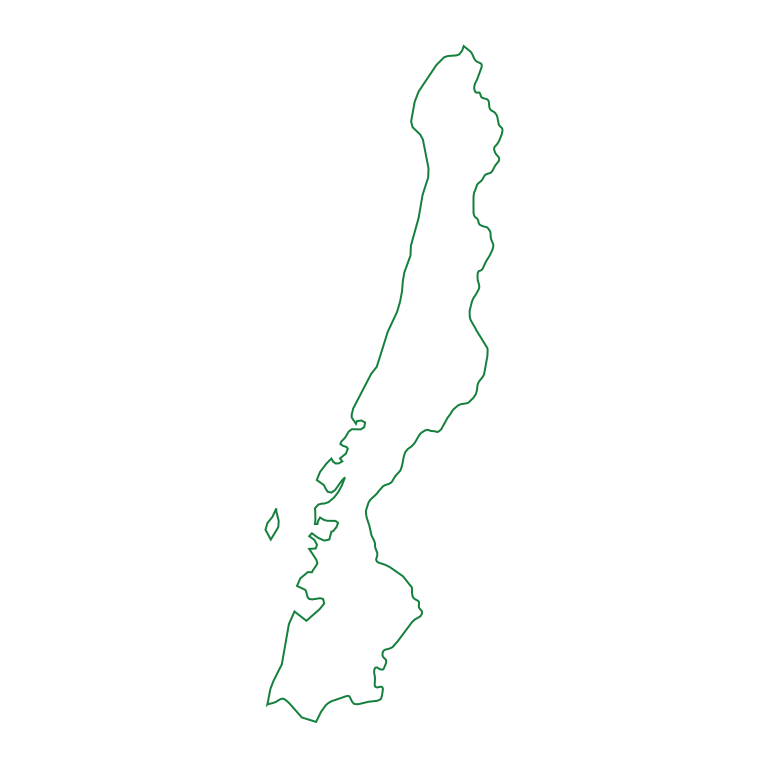 map outline of Ranong (Robinson projection)
{"feature_id": "THA-379", "entity_name": "Ranong", "entity_type": "Province", "adm_level": 1, "iso_a3": "THA", "parent_name": "Thailand", "parent_adm1": "", "projection": "robinson", "projection_center": [98.727, 10.047], "detail": "fine", "context": "isolated", "style": "outline", "palette": "green", "viewbox_px": 768, "rotation_deg": 0, "n_neighbors": 0, "source": "natural_earth", "source_scale": "10m", "svg_char_len": 4991}
<svg xmlns="http://www.w3.org/2000/svg" viewBox="0 0 768 768"><path d="M410.9,245.7L418.6,218.0L422.6,194.8L428.2,177.4L428.5,168.2L422.9,139.6L420.3,134.7L412.6,127.2L411.1,121.4L414.7,101.8L418.7,91.4L436.4,65.0L444.1,57.3L447.9,56.0L456.4,55.4L459.3,54.4L462.2,50.5L463.7,46.1L470.8,51.8L472.4,54.4L474.1,58.4L475.0,59.7L475.8,60.8L477.0,61.7L481.0,63.5L481.7,64.8L481.7,66.9L477.0,79.8L475.6,82.3L475.0,83.8L474.5,85.3L474.2,87.3L474.3,89.3L475.4,92.1L476.6,92.7L479.1,92.5L480.0,93.3L480.5,94.8L480.9,96.3L481.6,97.4L482.8,98.1L484.3,98.4L487.2,99.4L488.2,100.3L488.8,101.7L489.3,106.9L489.7,108.4L490.5,109.6L491.5,110.6L494.1,112.0L495.1,112.9L496.7,115.2L497.4,117.3L498.8,124.6L500.0,126.3L502.2,128.4L502.5,130.7L501.8,134.1L499.2,140.7L497.5,143.6L495.9,145.6L494.9,146.4L494.2,147.8L494.1,149.7L495.1,152.5L496.0,154.1L498.0,156.4L498.9,157.6L499.2,159.1L498.9,160.9L495.2,165.6L492.4,170.8L491.5,172.0L490.4,172.9L486.3,174.2L485.2,175.0L484.4,175.9L482.1,179.9L481.1,181.0L478.2,183.4L477.6,184.1L477.0,184.9L475.2,190.3L474.4,191.9L473.8,194.4L473.5,197.6L473.5,212.1L473.7,213.8L474.2,215.4L474.8,216.8L476.9,218.4L477.8,219.6L478.4,221.3L478.8,223.5L479.8,224.7L481.1,225.5L482.5,226.1L487.0,227.3L488.0,228.2L488.8,229.5L489.7,230.6L490.4,232.2L490.6,234.5L490.8,238.1L492.1,241.8L492.8,243.1L493.3,244.7L493.2,247.0L492.3,250.1L489.9,255.2L485.7,262.0L482.9,268.3L481.8,269.8L480.5,270.6L479.0,271.0L477.9,272.5L477.5,275.0L477.7,279.9L479.0,284.6L479.3,286.4L479.0,288.7L477.1,292.3L474.9,296.0L474.0,297.1L473.0,299.0L471.9,301.6L469.6,310.9L469.7,315.5L470.0,317.9L470.6,319.8L472.6,323.6L474.9,327.3L476.2,330.0L487.5,348.3L487.6,351.4L487.4,356.0L484.1,374.2L483.0,376.5L479.1,381.4L478.0,383.6L477.4,386.0L476.9,390.7L475.9,394.0L473.5,397.7L468.5,402.6L467.2,403.2L460.8,404.2L458.6,405.2L458.1,405.4L454.0,408.9L453.0,409.9L452.2,411.0L450.7,413.6L447.5,417.9L441.2,429.3L439.1,431.2L437.4,432.0L434.2,431.2L431.2,431.0L429.9,430.6L428.8,430.1L427.5,429.8L426.3,430.0L425.0,430.5L421.4,432.7L420.4,433.7L418.7,436.0L415.1,442.3L413.5,444.4L410.4,447.3L409.2,448.0L408.1,448.8L407.1,449.8L405.3,452.1L404.4,454.5L403.5,457.9L402.2,465.0L401.2,468.4L400.3,470.6L395.6,475.8L394.8,476.9L391.9,481.8L390.8,482.8L389.6,483.5L388.3,484.2L386.8,484.5L385.4,485.0L384.1,485.6L382.9,486.4L378.3,491.6L377.5,492.8L375.6,494.9L371.5,498.6L369.7,500.6L368.9,501.9L368.3,503.2L366.0,510.5L366.0,513.5L366.7,517.6L369.3,525.5L370.9,532.6L371.2,534.3L371.8,536.1L374.0,540.4L374.7,542.3L375.1,544.1L375.0,545.9L375.4,548.0L377.3,553.1L377.3,555.2L376.9,556.9L376.4,558.3L376.1,559.8L376.9,561.4L378.5,562.6L385.5,564.9L389.8,567.1L402.9,576.2L411.9,587.5L412.0,592.7L412.6,596.3L413.2,597.6L414.1,598.5L415.2,599.3L417.8,600.7L418.8,601.6L419.1,603.0L418.8,606.0L419.0,607.5L419.7,608.7L420.7,609.7L421.6,610.7L422.1,612.3L421.7,614.2L420.4,616.3L415.0,619.4L412.2,621.9L397.2,641.9L392.5,647.2L389.5,648.6L385.8,649.5L384.5,650.0L383.3,651.1L382.6,652.6L382.5,655.3L383.0,656.8L384.1,658.0L385.1,658.9L386.1,660.0L386.3,661.4L386.1,662.9L383.8,668.6L382.8,669.6L380.8,669.5L379.4,668.9L376.9,667.4L375.6,667.6L374.6,668.7L374.1,671.5L374.2,673.5L374.7,675.3L375.0,678.8L374.7,684.4L374.9,686.1L375.8,687.1L377.0,687.4L378.5,687.2L380.0,686.8L381.3,686.7L382.4,687.3L382.9,688.7L382.8,690.2L382.0,695.5L381.1,698.6L379.6,699.8L377.3,700.8L368.4,701.8L358.7,704.1L355.9,704.2L353.8,703.7L352.0,701.5L350.1,697.5L349.4,696.4L348.2,695.8L346.2,696.2L331.3,701.3L328.0,703.3L325.8,705.2L321.0,711.9L316.1,721.9L301.9,717.5L289.4,703.4L286.3,700.5L283.7,698.8L282.3,698.7L281.2,698.9L279.2,699.8L275.7,702.0L272.6,703.1L267.5,704.3L267.4,704.4L270.4,688.9L273.6,680.7L281.8,664.4L288.9,624.1L294.5,611.5L306.4,620.8L319.7,609.1L324.2,603.5L323.1,599.0L320.1,598.2L312.4,599.4L309.2,599.0L307.5,597.0L306.0,590.9L305.0,589.7L297.0,586.0L300.3,578.4L307.8,572.1L311.9,572.3L312.8,570.5L316.5,565.1L317.4,563.1L316.3,559.7L309.2,548.9L315.7,548.5L317.0,544.7L314.3,539.8L309.2,536.2L311.9,533.3L318.0,537.8L324.3,540.6L329.3,539.5L331.4,531.6L333.1,531.2L336.3,527.3L338.1,523.0L335.5,520.9L327.2,520.8L323.7,519.8L320.1,517.5L318.3,520.6L317.8,522.0L317.4,524.0L314.9,524.0L315.4,520.3L315.2,510.1L314.9,508.4L318.3,504.6L321.4,503.7L324.6,503.5L328.4,502.2L333.9,497.7L338.2,492.2L341.8,485.6L345.0,477.3L341.8,480.6L335.1,490.0L331.4,492.6L327.8,491.8L325.6,488.6L323.9,485.1L316.8,480.0L320.0,472.0L326.5,463.5L331.4,458.6L333.2,461.8L335.7,463.5L338.7,463.4L342.3,461.4L340.0,458.4L346.0,453.5L347.8,448.7L346.4,446.9L343.3,446.0L340.4,444.1L341.2,441.7L345.3,437.4L348.6,431.7L351.8,429.2L360.7,429.4L364.2,427.2L365.1,422.5L361.3,420.5L356.9,421.1L356.0,423.8L351.7,417.5L351.7,414.5L353.2,408.5L371.1,374.0L376.8,366.7L387.8,331.7L397.1,311.8L400.1,301.6L402.1,290.8L402.8,281.5L404.3,272.5L410.5,255.5L410.9,245.7ZM276.3,511.3L278.7,521.0L278.3,527.1L270.8,539.6L265.5,529.7L267.4,523.1L272.4,516.9L276.3,508.4L276.3,511.3Z" fill="none" stroke="#15803d" stroke-width="2"/></svg>